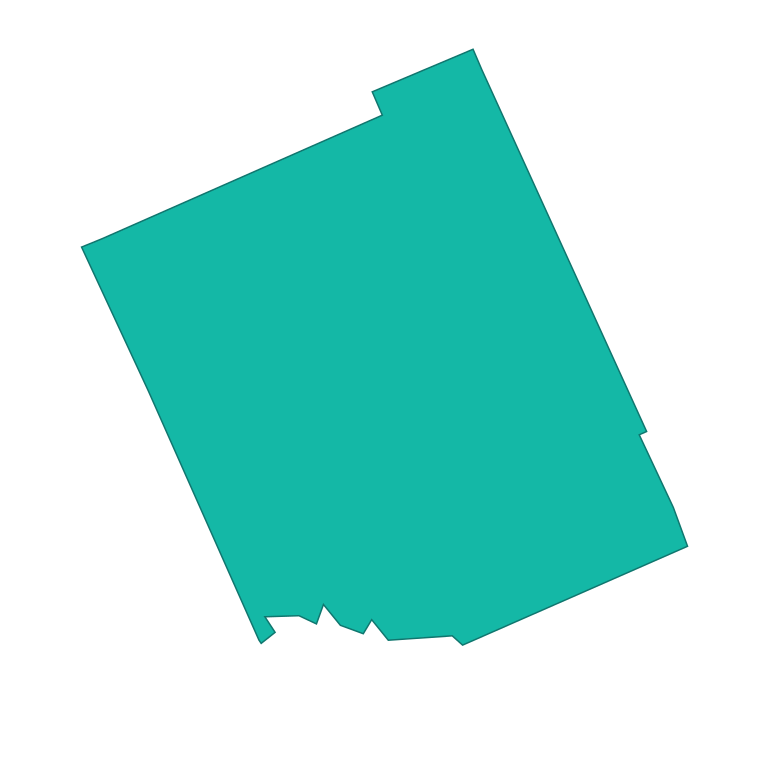 outline of Wyoming, New York, United States of America, rotated 66°
{"feature_id": "52423323B94169185911577", "entity_name": "Wyoming", "entity_type": "district", "adm_level": 2, "iso_a3": "USA", "parent_name": "United States of America", "parent_adm1": "New York", "projection": "robinson", "projection_center": [-78.142, 42.695], "detail": "fine", "context": "isolated", "style": "filled", "palette": "teal", "viewbox_px": 768, "rotation_deg": 66, "n_neighbors": 0, "source": "geoboundaries", "source_scale": "gbopen_adm2", "svg_char_len": 470}
<svg xmlns="http://www.w3.org/2000/svg" viewBox="0 0 768 768"><g transform="rotate(66 384 384)"><path d="M571.0,601.7L566.6,584.5L548.2,587.5L561.1,555.9L575.7,543.3L560.8,529.0L586.7,522.0L603.7,504.5L594.3,491.1L619.8,484.3L641.8,424.1L654.5,418.4L655.7,172.7L614.5,169.9L534.2,171.5L534.2,163.4L136.7,166.8L114.4,166.5L112.3,275.9L137.7,276.2L136.6,583.1L135.9,604.6L294.8,602.1L567.2,602.4L571.0,601.7Z" fill="#14b8a6" stroke="#0f766e" stroke-width="1.5"/></g></svg>